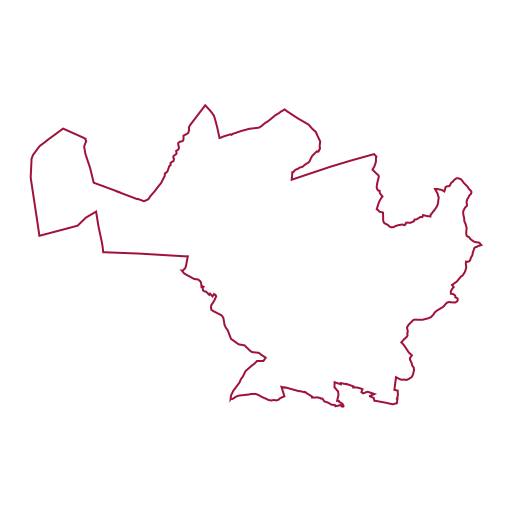 Esperanza, Puebla, Mexico
{"feature_id": "50627088B28279435846357", "entity_name": "Esperanza", "entity_type": "district", "adm_level": 2, "iso_a3": "MEX", "parent_name": "Mexico", "parent_adm1": "Puebla", "projection": "albers", "projection_center": [-97.349, 18.857], "detail": "fine", "context": "isolated", "style": "outline", "palette": "rose", "viewbox_px": 512, "rotation_deg": 0, "n_neighbors": 0, "source": "geoboundaries", "source_scale": "gbopen_adm2", "svg_char_len": 6078}
<svg xmlns="http://www.w3.org/2000/svg" viewBox="0 0 512 512"><path d="M297.4,118.1L286.9,111.2L284.6,109.4L282.7,110.7L281.6,111.1L278.7,113.3L275.4,115.2L269.1,120.4L266.9,122.0L265.6,122.6L261.1,126.3L259.3,127.5L258.0,127.8L249.3,128.8L245.0,130.0L241.8,130.8L233.9,133.5L232.7,133.8L231.5,134.9L230.4,134.3L223.1,136.6L220.4,137.8L219.5,138.0L217.2,127.3L215.0,119.1L213.9,115.6L211.9,112.8L209.5,109.9L205.2,105.3L190.1,125.1L188.9,127.4L189.1,130.1L188.2,132.9L186.8,134.0L183.5,135.6L183.5,139.6L182.8,140.9L181.6,141.4L179.6,141.8L178.2,143.1L178.3,144.9L179.0,147.4L178.5,149.4L176.1,151.0L176.6,153.2L176.1,154.2L173.8,155.7L173.2,157.2L174.0,159.1L173.4,161.2L172.0,161.8L170.6,162.8L170.6,165.1L169.3,166.1L167.6,171.0L166.3,172.7L165.5,172.8L164.8,173.9L164.8,175.8L160.9,183.4L159.1,185.4L154.3,191.7L150.0,196.6L148.9,198.6L147.1,199.9L143.9,201.2L137.1,198.6L137.8,199.4L132.4,197.3L117.8,191.8L118.1,191.7L93.7,182.7L90.2,168.3L85.4,153.9L84.2,146.9L84.6,145.2L86.2,141.1L85.5,139.8L85.6,138.9L83.4,137.7L63.1,128.6L47.4,140.1L45.0,142.1L40.1,145.7L39.3,146.5L33.0,155.0L31.5,159.0L31.5,160.2L30.8,174.7L30.7,177.8L36.8,218.1L39.4,235.8L77.6,225.7L85.9,217.6L96.1,211.6L98.3,225.5L101.6,241.0L102.6,246.7L103.2,252.2L139.5,253.6L184.5,256.3L187.8,256.3L186.3,264.3L185.8,266.5L185.3,267.9L184.7,268.7L182.5,270.8L181.9,270.7L184.3,273.6L194.2,279.0L198.2,279.5L200.6,281.6L201.1,283.0L201.5,286.8L202.5,286.2L203.5,286.8L202.6,287.5L203.0,290.4L204.8,291.5L206.0,291.6L209.2,294.8L210.0,293.6L212.5,296.4L214.0,294.1L214.7,294.8L215.3,294.7L216.2,296.3L214.2,300.7L211.3,305.2L211.1,306.3L211.0,307.5L211.4,309.9L213.7,311.3L221.5,315.3L223.3,317.7L224.6,325.1L225.9,327.8L227.8,330.4L231.0,338.9L238.6,344.3L244.6,345.4L250.1,350.8L252.0,352.1L258.7,352.8L262.3,355.5L264.1,356.6L265.7,357.7L263.4,361.0L257.0,361.0L254.6,363.6L252.3,365.2L245.6,371.0L242.6,377.0L241.0,379.0L239.4,382.7L233.3,390.8L231.2,395.1L230.7,397.5L230.6,399.2L230.8,398.9L232.2,399.0L234.2,398.0L235.3,397.0L238.2,395.8L239.6,395.5L249.0,394.5L250.3,394.1L251.7,394.0L254.9,393.9L256.4,394.2L259.1,395.3L261.7,396.9L263.8,397.8L264.4,398.2L265.1,398.3L268.3,399.9L271.0,400.5L273.7,400.0L276.5,400.4L278.6,399.7L279.3,398.8L280.1,398.3L282.0,397.3L283.9,396.6L284.4,396.3L281.5,386.9L284.4,387.7L284.4,387.3L286.1,387.6L299.0,391.2L299.7,391.1L302.0,391.6L304.9,392.3L305.0,392.0L305.4,392.1L307.1,393.5L312.1,396.6L312.0,397.5L314.5,397.6L317.5,397.3L319.1,397.9L319.7,397.8L320.4,398.1L321.1,398.7L322.2,398.5L322.7,398.9L324.3,401.4L327.5,402.4L329.8,403.6L331.1,404.5L332.6,404.9L334.0,404.8L335.0,405.1L335.2,406.1L335.5,406.3L337.0,405.8L338.0,405.8L340.3,405.0L341.1,405.5L341.4,406.2L342.0,406.5L342.9,406.7L343.5,406.3L343.3,405.1L342.3,403.7L340.2,402.4L339.3,402.0L339.1,401.2L338.4,400.9L337.1,400.9L338.5,394.8L338.0,391.2L337.4,390.8L335.2,388.0L334.5,387.5L334.6,382.2L340.8,384.3L340.8,383.1L347.0,384.3L347.0,384.1L353.5,386.4L353.2,387.4L357.0,387.5L359.8,388.2L362.5,389.2L361.4,392.1L363.1,393.4L367.5,391.7L374.4,394.0L369.9,396.0L369.9,396.3L373.7,398.0L374.4,400.8L375.9,400.9L386.6,402.9L392.7,404.3L395.7,403.5L396.8,403.3L397.5,398.8L396.9,398.7L397.8,395.9L397.9,394.1L397.7,390.6L394.4,389.9L396.0,377.2L399.8,379.2L401.4,379.7L403.9,379.6L406.7,379.9L408.8,378.9L411.4,377.3L412.3,376.0L413.1,374.1L414.0,370.0L413.7,367.4L412.6,366.2L412.0,364.7L411.8,363.5L410.0,359.6L409.9,358.2L411.9,355.3L408.8,352.5L404.4,345.8L402.8,343.9L401.3,342.4L404.3,339.0L405.4,338.2L407.1,336.4L407.6,335.0L407.2,333.5L407.8,331.8L407.0,327.4L408.7,324.6L413.5,319.9L415.6,319.6L418.1,319.8L418.9,319.7L420.8,319.8L422.8,319.7L428.2,318.3L430.9,317.2L433.3,314.7L434.8,312.4L437.2,310.4L443.1,306.9L444.1,305.9L445.9,303.6L447.3,302.5L449.3,302.0L450.8,302.3L455.2,302.5L456.8,301.6L457.7,300.3L457.7,298.8L457.0,298.0L455.4,297.4L455.3,296.2L455.1,295.4L453.2,294.1L450.8,293.7L450.9,291.1L452.2,288.8L453.7,287.1L452.0,285.0L457.0,281.4L460.9,276.5L462.4,275.7L464.3,272.9L465.1,271.5L466.3,267.4L466.0,265.6L465.8,263.4L466.0,261.6L467.6,261.8L469.0,261.4L470.1,260.3L470.9,257.6L472.4,255.2L472.9,252.0L473.5,250.8L474.2,248.2L475.5,247.1L477.0,246.8L477.8,246.2L481.3,245.1L479.5,242.9L478.9,242.6L476.7,242.3L474.1,241.7L472.0,240.3L470.5,239.1L469.1,237.2L467.2,236.3L466.8,236.0L466.2,233.8L466.3,231.0L466.7,227.9L465.9,225.6L465.7,224.2L464.4,221.4L464.3,220.6L464.2,218.2L463.5,215.6L463.3,213.6L463.1,212.9L463.2,211.6L463.8,209.9L464.9,207.9L466.0,206.6L466.9,205.9L467.0,204.3L466.5,202.5L467.1,199.8L467.4,198.9L468.2,197.9L469.4,195.4L471.0,193.8L471.4,192.6L471.4,191.7L470.9,190.8L469.3,189.3L467.2,186.3L464.0,183.1L461.2,179.4L460.4,179.0L458.5,178.4L457.5,178.2L456.5,178.3L455.6,178.8L453.8,180.3L453.1,181.5L452.5,181.7L451.0,183.1L449.7,185.8L449.3,186.1L447.2,186.3L446.0,186.8L445.6,187.1L444.6,190.7L444.2,191.5L442.7,190.4L441.3,189.8L437.0,189.0L435.0,189.0L437.7,193.8L438.0,195.5L438.7,197.3L438.6,198.4L438.1,201.7L438.1,202.8L437.5,205.0L436.8,206.6L434.0,210.7L433.0,211.7L432.1,213.1L430.7,214.7L430.4,216.5L426.7,216.0L423.0,215.1L422.4,217.1L420.4,217.0L416.4,219.4L414.5,219.6L414.0,221.2L410.5,222.8L406.2,222.6L405.5,223.7L405.4,224.7L404.4,225.2L402.4,224.5L398.6,225.1L395.6,226.0L393.5,227.1L391.3,227.3L390.4,227.0L389.5,226.5L387.8,224.9L384.8,223.4L383.8,222.4L383.2,220.6L383.0,212.6L379.3,211.6L378.3,210.2L376.7,209.2L378.5,203.5L379.4,201.3L381.1,198.2L382.5,196.5L379.9,193.2L379.6,191.7L379.7,190.9L378.0,190.4L377.0,188.7L376.8,188.0L376.7,186.7L377.2,183.3L378.4,178.3L378.8,177.3L378.7,175.9L378.2,175.0L377.2,174.3L372.5,169.7L374.5,166.2L375.9,161.8L376.0,157.7L376.5,156.8L375.5,155.6L374.8,155.1L374.1,154.1L350.4,160.7L329.9,166.9L291.7,179.7L292.4,172.2L293.1,172.3L294.8,170.4L295.9,169.6L298.5,168.5L299.3,167.7L302.5,166.8L305.2,164.5L308.2,162.7L309.5,161.5L310.6,158.9L312.2,155.9L316.9,151.3L318.0,151.8L318.8,151.1L319.2,149.5L319.5,149.3L319.8,149.2L320.0,147.9L319.6,146.3L320.2,141.5L316.2,133.0L316.1,132.2L312.2,128.7L308.6,124.6L297.4,118.1Z" fill="none" stroke="#9f1239" stroke-width="2"/></svg>